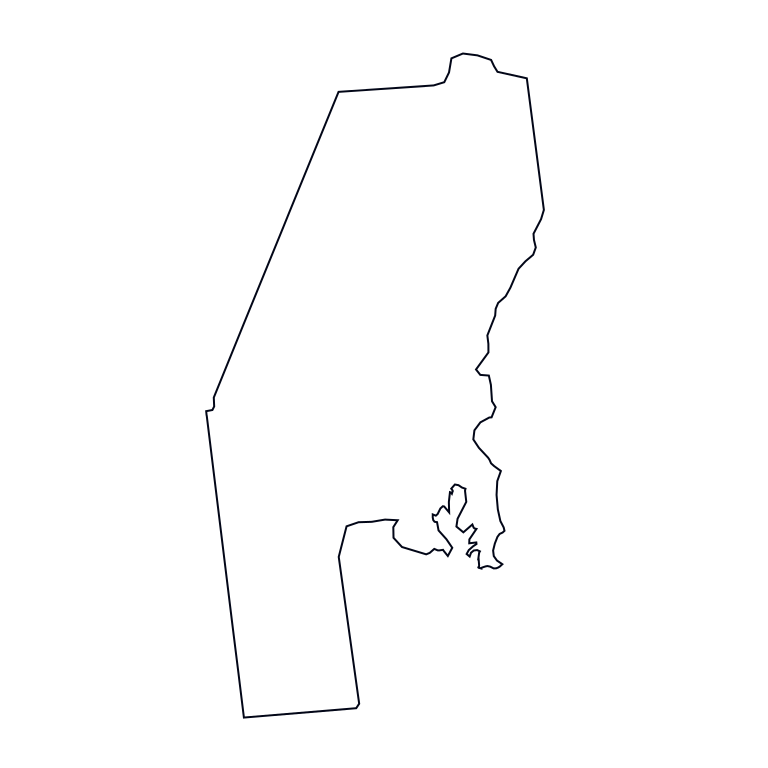 SVG path tracing the border of Mara, rotated 263°
{"feature_id": "TZA-3394", "entity_name": "Mara", "entity_type": "Region", "adm_level": 1, "iso_a3": "TZA", "parent_name": "United Republic of Tanzania", "parent_adm1": "", "projection": "orthographic", "projection_center": [33.712, -1.747], "detail": "fine", "context": "isolated", "style": "outline", "palette": "ink", "viewbox_px": 768, "rotation_deg": 263, "n_neighbors": 0, "source": "natural_earth", "source_scale": "10m", "svg_char_len": 2190}
<svg xmlns="http://www.w3.org/2000/svg" viewBox="0 0 768 768"><g transform="rotate(263 384 384)"><path d="M374.9,204.1L378.7,204.2L379.1,210.5L382.4,212.7L391.3,213.4L409.4,223.5L461.3,252.4L513.1,281.4L552.2,303.3L565.0,310.4L616.8,339.4L668.6,368.4L679.5,374.5L674.3,469.7L676.2,480.6L685.3,486.5L699.0,490.6L702.4,502.6L698.8,516.8L692.6,529.8L685.9,532.0L680.0,534.7L670.0,563.0L537.3,563.9L528.5,560.0L514.9,550.7L508.8,550.4L501.0,551.3L494.1,547.8L488.6,539.4L482.0,531.6L464.2,521.2L456.2,515.4L450.6,507.2L445.0,504.0L438.4,502.7L419.6,492.5L411.1,492.5L402.6,491.5L387.2,477.1L381.3,480.7L379.6,489.1L370.1,490.0L353.7,489.1L347.4,492.0L337.8,486.7L337.9,484.4L334.2,475.0L327.0,468.1L318.1,465.9L309.1,470.4L298.1,478.4L295.9,479.5L292.2,480.6L289.0,483.4L283.4,489.4L273.8,484.6L260.2,482.2L245.7,481.7L233.8,482.8L227.1,485.3L223.6,485.7L222.1,483.6L221.1,480.5L218.5,478.0L212.2,474.6L205.4,472.0L199.8,472.0L195.0,474.6L190.7,479.5L188.7,476.7L187.9,474.9L187.4,472.9L187.6,470.4L189.8,467.1L190.7,464.5L190.6,462.7L190.1,460.1L189.6,458.1L189.0,458.1L190.1,455.5L190.6,455.3L191.1,456.0L192.3,456.3L199.1,456.6L199.0,456.3L205.0,457.9L206.2,458.8L207.8,456.2L207.8,452.8L205.9,449.8L202.3,448.0L205.2,445.3L208.8,447.9L212.1,452.7L213.9,456.3L215.5,456.3L215.5,449.2L219.4,449.8L228.9,458.1L229.6,456.3L230.4,455.5L233.8,454.6L227.1,444.7L233.7,438.5L241.3,440.6L257.0,451.3L268.2,451.4L270.1,452.1L271.7,448.8L274.5,445.6L275.6,442.1L271.9,438.0L270.0,439.1L269.3,439.2L268.6,438.8L266.8,438.0L267.7,437.5L268.0,437.5L268.1,437.3L268.6,436.3L259.0,434.0L248.6,433.0L255.1,428.8L255.5,427.5L253.6,424.8L248.4,421.4L247.0,419.4L248.6,416.5L245.6,416.1L242.9,416.3L241.1,417.4L240.4,419.8L232.0,420.3L222.4,427.0L213.1,431.8L205.5,426.4L211.3,422.8L212.2,422.4L212.1,418.8L212.3,417.1L214.2,413.8L210.8,408.8L209.8,405.1L220.0,382.0L230.2,374.7L240.8,375.8L247.1,381.0L249.3,368.5L248.7,355.1L249.9,341.9L247.3,329.5L217.9,318.0L69.7,320.4L65.6,316.9L70.0,204.3L70.4,204.3L100.2,204.3L114.6,204.3L158.8,204.2L203.1,204.2L240.1,204.2L247.3,204.2L289.7,204.2L291.5,204.2L335.7,204.2L355.5,204.2L373.9,204.2L374.9,204.1Z" fill="none" stroke="#020617" stroke-width="2"/></g></svg>